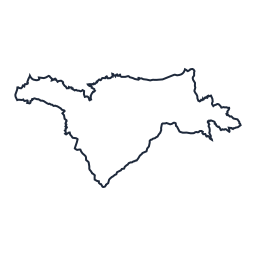 Florián, Santander, Colombia (orthographic projection)
{"feature_id": "7082276B44314781423547", "entity_name": "Florián", "entity_type": "district", "adm_level": 2, "iso_a3": "COL", "parent_name": "Colombia", "parent_adm1": "Santander", "projection": "orthographic", "projection_center": [-73.956, 5.787], "detail": "fine", "context": "isolated", "style": "outline", "palette": "slate", "viewbox_px": 256, "rotation_deg": 0, "n_neighbors": 0, "source": "geoboundaries", "source_scale": "gbopen_adm2", "svg_char_len": 5676}
<svg xmlns="http://www.w3.org/2000/svg" viewBox="0 0 256 256"><path d="M17.2,100.1L18.6,99.7L22.0,100.0L23.3,99.5L23.9,100.6L24.6,101.0L27.3,100.4L27.6,100.6L27.8,101.4L27.2,102.9L29.6,103.4L30.3,102.9L30.5,102.5L30.4,101.2L32.2,100.1L32.0,99.4L32.2,99.0L33.2,99.0L34.0,98.5L34.6,98.4L37.2,99.3L38.0,99.1L39.6,99.8L40.5,100.6L42.5,100.7L43.9,101.2L46.9,103.2L48.6,104.0L49.6,103.7L50.9,104.6L52.1,104.7L53.5,105.9L55.4,105.7L56.3,106.1L57.3,106.3L60.9,108.5L61.8,109.7L64.3,110.5L64.6,111.0L62.4,113.3L64.0,115.2L64.6,118.8L66.5,120.3L66.6,121.1L66.1,121.5L66.1,122.2L65.5,123.2L65.5,123.5L66.3,124.3L65.8,124.9L66.1,125.5L65.4,126.5L65.6,126.8L66.7,127.0L66.9,127.3L66.2,128.5L65.6,128.8L65.6,130.1L64.9,130.5L65.6,131.6L65.9,132.9L65.1,133.7L66.1,134.4L68.8,132.6L69.7,132.5L70.2,134.6L71.6,136.2L72.4,137.5L72.8,137.8L76.0,138.2L77.5,139.0L77.6,139.3L76.8,142.4L74.8,148.3L75.4,149.0L77.1,149.9L79.5,149.5L80.4,149.6L81.1,151.4L82.5,153.4L84.7,155.3L85.7,156.4L86.0,157.6L86.1,160.0L88.4,161.9L88.7,162.6L89.3,166.4L89.3,168.8L89.7,169.8L90.7,170.9L91.5,172.2L92.0,172.8L92.0,173.1L92.2,173.4L93.1,173.8L94.8,175.3L94.6,177.1L94.7,179.6L96.9,180.9L98.9,181.3L98.8,182.5L99.0,183.0L100.3,184.1L101.1,184.2L102.3,186.4L102.6,186.8L103.3,187.0L104.8,186.7L105.9,185.3L106.0,184.7L108.2,183.1L109.1,179.7L109.8,178.8L111.8,177.0L112.7,176.6L114.8,174.9L116.3,174.3L117.0,172.3L117.3,172.1L120.9,170.3L121.8,169.0L124.1,168.6L124.8,166.8L126.6,165.2L127.7,164.6L128.7,163.2L129.2,162.9L129.6,162.9L130.4,162.4L131.9,162.4L133.4,161.4L134.6,161.2L135.4,160.6L136.6,160.5L138.1,158.6L139.9,155.6L141.7,154.1L142.5,153.0L146.5,151.3L147.2,148.5L148.9,146.5L149.7,142.8L149.7,140.9L150.1,140.4L150.7,139.8L151.7,139.7L152.7,138.8L155.1,138.1L156.2,137.2L157.5,136.6L158.8,134.4L160.2,132.8L161.2,130.1L161.1,128.0L161.8,124.5L162.0,124.0L162.6,123.5L165.3,123.4L166.5,123.0L170.1,124.3L171.8,123.9L173.2,123.0L174.0,122.7L175.0,122.9L175.7,123.3L176.0,125.9L177.0,126.6L179.5,131.5L180.5,132.0L182.9,132.7L186.7,132.6L190.8,133.3L193.4,133.2L194.1,133.0L195.1,132.3L196.3,132.0L197.9,132.3L198.8,132.0L199.5,131.2L200.1,131.0L201.6,131.0L202.8,131.8L202.3,132.9L203.3,134.2L205.3,134.0L206.4,136.4L206.9,136.6L207.7,135.9L208.3,136.1L209.7,137.5L209.8,138.5L211.9,139.8L211.8,139.3L210.6,138.2L210.8,135.9L209.5,133.4L209.3,132.5L209.7,131.5L209.7,129.3L209.3,127.5L208.6,126.4L208.8,125.0L209.3,124.3L207.8,122.3L207.9,121.3L208.7,121.1L208.9,121.3L209.2,120.6L210.1,120.9L210.9,120.4L213.9,121.5L214.7,122.1L214.9,122.8L214.7,123.5L215.5,123.8L215.4,124.3L216.1,124.8L216.3,125.6L217.9,126.9L218.3,127.0L218.8,126.7L219.9,128.1L220.7,129.9L221.0,130.1L222.3,129.3L222.8,129.6L223.4,129.5L224.1,129.7L224.7,129.3L225.9,129.2L229.3,131.8L229.5,131.6L229.3,129.5L228.8,127.7L230.2,127.9L231.7,128.0L232.0,128.6L233.0,129.0L233.7,128.2L234.6,128.2L235.7,127.6L237.9,127.2L240.6,125.2L240.1,123.8L239.4,123.4L239.3,122.0L237.5,119.4L233.4,118.5L231.6,116.6L231.1,116.3L230.0,116.6L228.1,114.9L227.2,115.2L226.9,115.0L226.4,113.8L227.6,112.8L227.3,111.5L228.7,109.7L229.2,108.5L229.1,107.8L227.5,107.8L226.7,107.3L224.7,107.4L223.7,107.1L221.4,107.6L220.5,106.1L219.0,104.5L218.1,104.1L217.3,104.0L215.8,104.8L214.4,105.2L213.3,106.1L212.1,104.3L212.0,103.2L212.7,101.5L212.4,98.9L211.0,95.6L210.5,95.7L210.2,96.1L208.6,96.1L208.4,95.7L208.1,95.8L208.1,96.4L207.4,96.5L207.5,97.0L207.2,97.1L207.0,96.7L206.6,96.9L206.8,97.1L206.1,97.4L206.3,97.7L205.1,97.5L204.7,97.9L204.9,98.2L204.0,98.7L203.5,99.6L203.0,99.7L202.8,99.2L202.7,99.6L202.3,99.6L202.0,100.1L201.2,99.9L201.1,100.4L200.3,100.6L200.2,101.1L199.7,101.4L198.3,100.7L197.4,98.3L197.3,96.2L196.5,94.4L195.6,93.3L194.5,91.3L194.5,90.1L194.8,89.5L195.3,87.6L194.9,86.0L195.0,82.9L193.1,79.8L192.7,78.1L192.9,77.2L194.1,75.6L194.1,72.3L194.5,71.1L193.6,69.6L192.5,69.0L191.2,69.1L190.2,69.4L189.8,70.0L187.9,71.1L187.5,71.1L186.5,70.1L185.0,69.3L184.8,70.1L183.6,72.4L182.3,73.7L181.1,74.4L179.2,75.0L177.1,75.3L174.9,74.7L173.9,74.9L162.6,79.4L156.3,79.9L152.8,79.8L150.2,80.4L146.6,79.6L143.3,79.2L141.6,78.4L139.9,78.5L139.0,77.9L138.5,77.9L138.5,78.2L139.0,78.9L138.9,79.4L138.5,79.7L137.4,79.5L134.9,79.0L132.7,78.0L129.7,77.2L128.8,76.3L128.1,76.1L125.1,76.9L121.6,76.9L120.2,76.1L120.1,74.7L119.9,74.7L118.1,75.9L117.5,75.7L117.2,74.5L116.5,74.6L115.7,75.3L115.4,76.2L114.8,75.4L113.4,75.3L113.2,74.1L112.3,73.8L112.7,76.6L112.2,76.6L110.3,78.1L107.9,78.3L106.7,76.4L105.8,76.9L106.0,77.8L105.4,78.2L102.7,78.0L102.1,78.2L100.8,80.1L100.5,80.2L99.2,79.5L98.6,79.9L98.2,80.7L96.7,81.5L97.0,82.4L96.0,82.9L94.8,84.0L93.9,83.4L93.2,84.3L92.2,84.0L91.5,84.3L90.0,84.1L87.8,84.4L88.1,84.9L89.2,85.8L89.9,86.1L90.8,86.0L91.7,86.4L91.6,87.7L94.0,88.9L94.3,89.2L94.5,90.5L94.9,90.8L94.2,91.6L93.0,91.8L92.9,92.4L92.3,92.8L91.7,93.8L90.6,96.1L90.9,96.8L90.6,97.9L91.1,99.5L90.3,99.8L89.7,100.3L89.4,100.1L88.7,97.8L87.9,96.8L86.9,96.4L84.8,96.9L83.9,94.2L84.1,91.0L83.8,90.8L82.5,90.1L81.7,90.9L80.6,91.3L79.1,90.7L77.3,90.6L76.1,89.9L74.6,90.4L73.7,89.7L72.8,89.3L72.6,88.2L72.3,88.1L71.6,88.4L71.4,87.4L69.7,87.4L68.9,87.0L68.7,88.2L66.8,88.3L65.8,86.6L64.8,86.0L63.7,84.6L62.9,83.2L63.1,82.4L62.8,82.1L62.7,81.7L61.0,80.7L58.8,81.0L57.6,81.8L55.7,79.1L55.2,79.7L54.1,79.5L53.1,79.9L53.3,79.5L51.8,80.2L52.1,78.9L50.3,77.3L49.5,76.2L48.7,75.9L45.8,77.5L43.8,78.1L38.9,77.5L39.3,79.2L39.0,79.6L37.6,80.1L36.2,80.2L33.4,79.6L32.2,78.9L30.6,77.1L29.9,75.7L29.7,76.5L28.6,78.5L27.4,81.8L27.3,82.3L27.9,82.9L27.6,83.7L26.7,84.1L25.0,84.1L24.6,84.8L24.3,86.3L23.1,85.4L22.9,85.4L22.2,87.3L21.0,88.3L19.2,88.0L18.2,87.3L17.4,87.4L17.2,89.5L15.4,94.5L15.4,95.6L15.6,96.8L17.2,100.1Z" fill="none" stroke="#1e293b" stroke-width="2"/></svg>